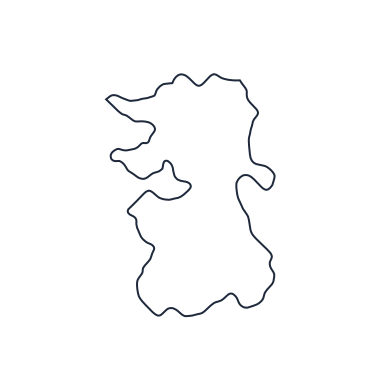 Partido, Dajabón, Dominican Republic (Equal Earth projection), rotated 315°
{"feature_id": "3306468B74633928052065", "entity_name": "Partido", "entity_type": "district", "adm_level": 2, "iso_a3": "DOM", "parent_name": "Dominican Republic", "parent_adm1": "Dajabón", "projection": "equal_earth", "projection_center": [-71.507, 19.499], "detail": "fine", "context": "isolated", "style": "outline", "palette": "slate", "viewbox_px": 384, "rotation_deg": 315, "n_neighbors": 0, "source": "geoboundaries", "source_scale": "gbopen_adm2", "svg_char_len": 4827}
<svg xmlns="http://www.w3.org/2000/svg" viewBox="0 0 384 384"><g transform="rotate(315 192 192)"><path d="M134.6,159.2L133.0,160.1L132.6,160.7L132.2,161.4L132.1,162.2L132.1,163.9L133.3,167.7L133.6,169.3L133.4,171.1L133.1,171.9L132.2,173.2L130.6,174.7L129.5,176.0L128.0,178.3L125.0,185.6L124.3,187.6L124.1,188.6L123.9,190.8L124.1,194.1L124.5,196.1L126.1,200.2L126.4,201.9L126.2,203.7L125.8,204.6L125.3,205.2L124.0,206.0L120.4,207.3L116.7,209.2L115.1,209.9L112.3,210.3L106.6,210.6L104.0,211.1L102.6,211.8L100.5,213.6L99.0,214.3L92.8,215.3L90.9,216.0L89.3,217.1L87.7,218.5L84.9,221.7L82.3,225.3L80.7,228.2L80.0,230.5L79.5,234.2L79.3,239.2L79.2,248.0L79.3,250.4L79.6,252.6L80.2,254.6L80.7,255.5L81.4,256.1L82.2,256.6L83.0,256.9L84.7,257.1L90.2,257.2L92.0,257.4L93.7,258.1L95.1,259.2L96.3,260.7L96.7,261.5L97.4,263.6L97.8,265.8L98.2,271.5L98.7,273.5L99.1,274.5L100.2,275.8L104.7,279.5L108.5,281.7L112.1,284.0L113.7,284.7L116.5,285.2L125.1,285.5L128.8,286.0L130.6,286.6L134.3,288.6L135.9,289.3L138.7,289.8L145.0,290.1L146.7,290.6L147.4,291.1L148.1,291.7L148.6,292.6L148.9,293.5L149.0,294.5L149.1,296.4L148.8,298.4L148.5,299.4L146.8,303.5L146.4,305.4L146.4,307.5L146.9,309.5L147.7,311.1L148.9,312.5L149.6,313.1L154.8,315.8L158.2,317.3L160.4,317.9L162.1,318.1L163.9,318.2L165.6,318.0L167.3,317.5L171.7,315.0L173.5,314.5L176.3,314.1L183.0,313.8L184.8,313.4L186.5,312.7L190.5,309.8L191.7,308.6L192.2,307.9L192.9,306.3L193.7,302.5L194.3,300.7L194.7,299.8L195.7,298.3L196.9,297.1L197.5,296.6L201.8,294.9L203.0,293.9L203.5,293.1L203.9,292.1L204.2,291.1L204.4,288.9L204.5,285.3L204.3,274.1L204.3,269.1L204.6,265.4L205.2,263.1L205.6,262.0L206.6,260.1L212.4,252.1L214.1,249.3L214.5,248.2L215.0,246.2L216.2,239.8L218.3,234.3L219.7,230.4L220.5,228.6L222.2,225.8L224.9,222.2L227.1,219.6L229.4,217.4L230.3,216.9L232.2,216.2L234.1,215.8L236.0,215.7L238.0,215.9L239.8,216.4L240.7,216.9L242.1,218.1L243.3,219.6L243.7,220.5L244.1,221.4L244.6,223.7L244.8,227.2L244.6,237.8L244.8,240.0L245.4,241.9L245.9,242.8L246.6,243.4L248.1,244.1L250.5,244.3L253.7,243.9L257.5,241.9L260.2,240.3L261.5,239.3L262.1,238.6L262.5,237.7L262.8,236.8L263.2,234.8L263.3,232.6L263.2,230.4L262.9,228.2L262.3,226.1L261.9,225.1L260.8,223.3L258.0,219.0L257.0,217.2L256.7,216.1L256.4,215.1L256.4,212.9L256.6,211.9L257.3,209.8L258.4,208.0L259.6,206.3L265.0,199.7L268.5,195.8L270.7,193.9L273.8,192.1L278.0,189.2L281.2,187.6L284.8,185.3L287.2,184.5L291.3,184.0L292.9,183.7L294.3,183.0L294.9,182.4L295.4,181.5L295.8,180.6L296.1,178.5L296.3,170.3L296.7,166.9L297.4,164.9L298.3,163.3L299.4,162.0L301.7,159.8L302.6,158.4L303.2,156.6L304.1,150.2L304.8,146.9L302.4,144.6L300.1,142.2L297.3,138.7L295.4,135.9L294.3,133.9L293.4,131.9L292.1,126.3L291.2,124.7L290.6,124.1L289.0,123.3L286.3,122.9L277.5,123.2L274.8,123.0L273.1,122.5L272.3,122.0L271.6,121.3L271.1,120.5L270.8,119.5L270.5,117.4L270.4,109.4L270.0,105.9L269.7,104.8L268.9,103.0L267.8,101.5L267.1,100.8L266.4,100.3L264.7,99.6L262.1,99.3L260.3,99.5L258.5,99.8L255.1,101.1L248.8,96.0L248.1,95.6L246.4,95.0L243.7,94.6L240.2,94.8L238.5,95.2L235.1,96.9L233.7,97.2L233.0,97.1L231.7,96.5L226.6,93.8L222.4,90.7L218.5,88.6L213.9,84.9L212.7,83.8L211.8,82.2L209.1,76.2L207.4,71.4L206.5,69.8L205.3,68.3L204.0,67.2L202.3,66.5L200.6,66.2L196.8,65.8L197.0,82.0L197.3,85.4L197.7,87.5L198.0,88.3L199.5,91.0L199.8,91.9L200.2,93.9L200.9,99.3L201.5,101.3L202.0,102.2L203.1,103.4L206.4,106.4L208.4,108.7L210.2,111.3L211.1,113.2L211.6,115.3L211.7,117.4L211.4,119.4L211.0,120.3L210.5,121.1L209.8,121.8L208.2,122.5L202.0,123.5L200.4,124.1L197.7,125.5L196.3,125.8L195.6,125.7L194.3,125.2L192.1,122.8L191.1,122.2L189.9,122.0L186.0,122.0L184.4,121.7L182.7,121.2L181.2,120.4L176.1,117.0L174.7,115.9L173.0,113.9L170.9,110.1L170.3,109.4L169.6,108.8L167.9,108.1L166.2,107.7L164.3,107.5L162.5,107.7L161.6,108.0L160.7,108.4L159.5,109.5L158.6,111.0L158.3,111.8L158.3,112.8L158.4,113.7L159.0,115.2L160.0,116.3L162.1,118.2L162.6,118.8L163.2,120.4L163.5,122.3L163.5,124.3L163.2,126.3L162.1,130.5L162.0,132.2L163.2,137.6L164.0,142.8L164.6,144.9L165.5,146.6L166.7,148.1L167.3,148.7L169.0,149.6L170.8,150.1L175.5,150.7L177.4,151.1L179.0,151.8L181.9,153.4L183.5,154.1L185.2,154.4L187.6,154.6L191.8,151.7L193.0,151.1L193.8,150.9L194.6,150.9L195.3,151.2L196.1,151.8L196.6,152.6L196.9,153.5L197.1,155.5L197.0,157.5L196.7,158.5L196.4,159.5L195.5,161.3L193.3,164.4L191.9,166.7L191.0,168.4L190.6,170.3L190.6,172.5L190.8,173.5L191.6,175.4L192.6,177.1L194.8,180.2L195.7,181.9L196.2,183.7L196.2,184.7L196.1,185.6L195.6,186.5L195.0,187.3L193.6,188.0L191.9,188.2L190.2,188.3L184.5,188.0L180.8,187.4L178.2,186.4L174.6,184.0L171.5,182.2L170.0,181.0L168.6,179.4L166.7,176.9L165.2,174.0L164.8,172.9L164.4,170.6L164.0,165.0L163.6,162.9L163.3,161.9L162.8,161.0L162.1,160.3L161.3,159.9L159.6,159.3L156.8,159.1L144.8,159.3L134.6,159.2Z" fill="none" stroke="#1e293b" stroke-width="2"/></g></svg>